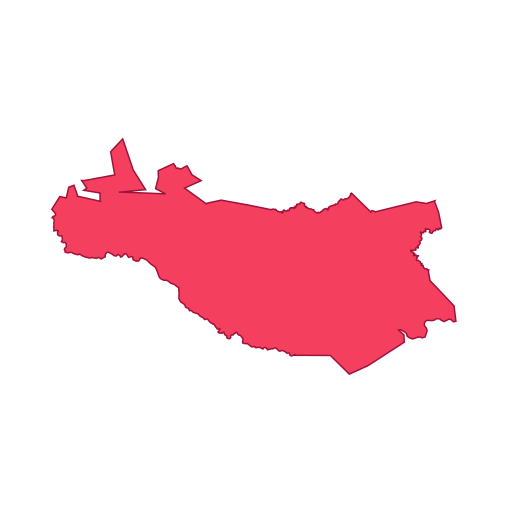 the district of Topia, Durango, Mexico, rotated 193°
{"feature_id": "50627088B76672031961414", "entity_name": "Topia", "entity_type": "district", "adm_level": 2, "iso_a3": "MEX", "parent_name": "Mexico", "parent_adm1": "Durango", "projection": "orthographic", "projection_center": [-106.735, 25.251], "detail": "fine", "context": "isolated", "style": "filled", "palette": "rose", "viewbox_px": 512, "rotation_deg": 193, "n_neighbors": 0, "source": "geoboundaries", "source_scale": "gbopen_adm2", "svg_char_len": 6056}
<svg xmlns="http://www.w3.org/2000/svg" viewBox="0 0 512 512"><g transform="rotate(193 256 256)"><path d="M177.1,338.7L177.9,337.9L177.4,336.7L177.9,336.3L178.1,334.2L178.9,334.1L179.3,332.9L179.8,332.5L182.7,331.4L182.9,330.5L184.0,330.2L184.7,330.3L185.7,330.8L186.2,330.5L186.4,329.8L187.7,327.8L188.1,326.6L188.0,325.2L188.9,324.7L190.1,324.6L190.5,324.4L190.5,323.4L192.2,322.9L193.2,322.1L194.9,321.2L195.4,320.3L196.2,319.9L195.9,318.5L196.2,317.1L196.8,317.0L197.0,317.2L196.9,317.9L198.0,318.2L198.9,317.6L199.9,317.3L201.3,315.7L201.5,314.6L202.6,314.0L203.2,313.0L203.7,312.6L204.5,312.7L204.6,312.3L205.7,312.3L205.9,311.8L206.2,311.6L207.7,312.0L209.0,312.8L209.9,313.1L210.1,313.2L210.1,313.9L210.3,314.0L211.7,313.9L213.5,314.3L214.3,313.9L215.9,314.1L216.8,314.7L217.9,314.4L218.4,314.7L218.2,315.4L218.3,315.6L219.5,315.6L220.1,315.9L220.3,316.2L220.2,317.2L220.6,318.0L221.1,318.2L222.0,317.9L224.1,318.6L224.4,318.5L224.9,317.8L224.9,317.1L225.2,316.6L227.9,315.5L227.6,314.2L229.1,313.2L228.3,312.3L228.5,311.8L229.3,311.5L229.8,311.8L230.1,311.8L230.2,311.0L231.3,311.3L233.0,310.8L232.9,310.1L234.0,309.8L234.0,308.1L234.4,307.5L235.3,307.8L235.8,307.0L236.2,307.0L236.5,306.6L237.0,306.5L238.4,306.6L239.0,307.1L239.1,306.5L239.8,306.1L239.9,305.6L239.4,304.9L240.1,303.9L240.7,303.9L240.6,304.5L241.0,304.8L243.3,304.3L245.6,304.7L246.5,305.2L246.7,305.5L247.9,305.9L248.2,305.5L248.5,305.4L249.9,305.6L252.1,304.5L275.0,303.9L302.5,302.6L315.8,296.3L316.1,295.6L340.9,306.1L326.4,317.1L336.6,320.7L343.5,328.4L349.0,323.7L351.4,324.1L352.3,324.0L353.2,323.5L353.7,323.8L354.9,325.6L356.0,326.1L356.7,327.2L357.1,327.5L370.5,317.1L368.8,310.8L369.0,299.0L358.1,296.2L401.0,288.1L404.0,287.3L378.5,295.8L395.0,312.2L412.2,340.1L419.8,327.2L421.0,324.7L411.9,303.2L440.3,290.9L442.9,290.4L436.1,284.0L438.6,281.3L422.2,282.3L420.3,274.6L420.0,274.3L443.3,274.1L443.2,274.3L449.3,284.0L453.9,280.9L453.9,269.9L460.5,269.8L465.5,255.5L464.4,255.0L463.6,254.1L462.5,253.6L461.8,252.7L460.8,252.2L460.6,250.4L461.4,249.6L462.7,248.9L463.3,247.4L462.1,247.2L460.8,245.8L460.5,244.7L460.4,242.4L459.6,240.3L459.7,238.5L459.0,237.6L458.7,235.0L456.9,235.7L456.4,236.1L454.8,236.3L454.3,235.9L454.9,234.7L454.5,234.2L454.1,232.1L451.9,231.3L449.8,232.0L448.8,229.8L448.3,228.0L448.9,226.2L446.7,225.6L445.4,226.3L443.7,225.4L442.9,222.1L443.8,221.1L444.3,219.3L443.1,218.1L443.0,217.0L440.6,216.6L437.3,217.9L436.0,217.9L434.1,217.3L431.1,217.1L429.4,217.3L428.4,218.2L425.3,217.1L422.3,216.6L417.4,216.6L415.2,217.7L413.6,217.6L410.8,218.0L408.8,219.3L406.2,218.3L402.7,221.4L403.2,223.4L402.4,225.6L400.8,226.5L396.4,225.4L394.5,224.4L392.0,224.6L390.9,226.4L389.2,226.0L388.3,225.3L387.7,224.5L386.3,225.5L385.7,226.9L384.6,228.1L384.6,228.7L383.2,229.0L381.9,228.1L380.0,226.0L377.4,227.3L375.8,227.2L374.9,224.7L371.6,224.0L369.1,224.8L368.1,228.1L365.8,228.4L361.1,227.4L358.5,225.6L356.8,224.6L351.9,222.6L350.1,220.7L345.2,213.3L343.0,212.1L340.0,211.7L337.5,212.2L335.3,211.6L333.2,210.4L329.6,210.0L323.9,207.5L323.7,205.4L322.9,203.8L321.5,197.0L319.2,194.4L314.6,192.6L313.1,190.3L309.9,189.6L308.5,187.7L307.0,188.4L304.3,186.9L299.7,186.7L296.7,184.7L293.7,184.0L291.9,182.6L291.2,182.7L289.9,183.6L289.0,183.5L285.3,180.8L284.1,180.5L282.8,179.9L281.8,180.2L281.1,179.9L281.0,179.5L279.8,178.4L279.5,177.8L278.6,177.4L277.5,176.2L276.4,176.2L275.4,176.8L275.4,177.0L274.8,176.9L274.9,175.3L275.9,173.5L275.4,172.9L274.6,172.7L271.6,173.1L270.7,174.4L270.1,174.5L269.0,172.6L268.3,172.1L266.5,171.7L266.2,170.2L265.4,169.4L264.0,169.3L263.2,169.5L262.5,170.2L262.3,170.8L262.7,172.5L262.3,173.5L260.6,173.9L260.2,174.3L260.1,174.9L258.4,176.8L257.7,177.2L257.2,177.0L256.7,176.2L255.9,175.5L254.8,175.1L253.3,175.0L250.4,172.8L249.9,171.7L249.7,170.9L249.9,169.8L249.7,168.9L249.3,168.2L247.1,168.1L245.7,168.4L245.0,168.8L241.9,167.5L240.6,166.7L240.0,166.5L239.4,166.5L237.4,167.4L236.7,167.4L236.1,166.6L235.3,166.6L233.7,167.4L231.7,167.8L228.4,166.9L228.1,167.3L227.7,168.4L227.1,168.8L225.0,168.7L224.6,168.0L223.7,167.2L221.0,168.5L220.3,169.2L219.3,169.1L218.2,169.7L217.1,170.6L216.0,170.9L212.2,168.6L211.1,168.7L210.1,169.6L208.4,169.8L206.0,169.3L204.2,168.3L203.5,168.4L202.0,168.9L201.1,168.2L200.5,166.8L199.0,166.6L196.2,168.4L196.3,167.9L161.2,175.8L138.5,161.9L122.3,174.3L92.1,205.4L94.2,212.5L100.5,215.9L98.5,216.7L93.6,215.3L92.7,214.9L91.9,214.2L91.2,213.3L91.0,212.2L88.9,211.0L84.8,210.4L80.0,213.3L77.6,214.0L75.7,213.6L73.1,215.1L72.4,221.5L73.7,224.0L75.8,225.7L76.5,226.6L76.7,228.0L76.6,229.5L76.3,230.3L75.1,231.7L69.7,232.7L67.2,234.1L66.7,235.2L62.7,236.1L61.1,235.1L58.0,234.4L53.7,237.9L51.3,237.8L48.9,236.3L46.5,237.3L51.8,251.9L80.9,271.2L84.7,280.0L84.4,281.2L84.8,281.3L85.3,281.0L85.9,281.1L86.4,281.8L87.1,281.9L88.4,281.4L90.3,282.5L91.1,284.4L92.0,284.5L92.2,284.0L93.0,284.1L92.9,284.7L92.4,285.2L92.6,286.0L93.8,285.9L94.2,286.2L94.3,286.9L94.7,287.3L95.7,287.6L96.6,288.2L97.3,288.3L97.9,288.0L98.6,288.0L98.8,288.2L99.0,289.3L98.6,290.2L99.1,290.9L98.2,291.8L97.9,292.7L98.4,292.8L99.0,292.5L99.2,292.2L100.1,292.4L100.5,293.0L100.9,292.9L102.2,291.8L102.6,292.2L102.6,292.6L102.2,293.3L101.9,293.4L102.0,294.0L103.2,293.8L103.4,294.0L103.2,294.7L103.4,295.0L105.8,295.2L106.3,295.8L106.5,296.3L101.6,297.7L102.1,299.6L101.2,300.6L100.1,300.2L99.8,300.5L99.9,301.4L100.6,302.1L100.7,302.6L99.7,303.3L98.9,305.5L100.0,307.1L99.7,307.6L99.0,308.0L98.5,308.6L98.2,310.1L98.6,311.0L100.0,311.6L99.5,312.9L99.5,313.9L100.0,314.9L101.1,316.0L101.1,316.4L98.5,316.0L98.0,316.4L97.8,317.5L97.5,318.0L97.1,318.2L96.4,317.8L96.1,317.9L96.1,318.4L97.1,320.2L97.0,320.5L96.6,320.7L95.6,320.4L94.3,321.0L92.6,320.5L92.0,319.9L92.4,318.5L92.3,318.0L90.9,317.6L89.8,317.7L89.4,318.1L89.2,319.4L88.5,320.6L86.7,321.1L86.6,321.4L86.8,322.2L86.4,323.3L85.5,323.3L84.7,322.5L84.2,322.5L83.8,323.0L83.7,324.2L82.2,324.0L81.4,325.2L88.0,339.8L94.3,349.2L94.1,350.1L101.8,345.5L112.2,344.8L149.4,326.0L153.3,326.3L153.9,324.6L177.1,338.7Z" fill="#f43f5e" stroke="#9f1239" stroke-width="1.5"/></g></svg>